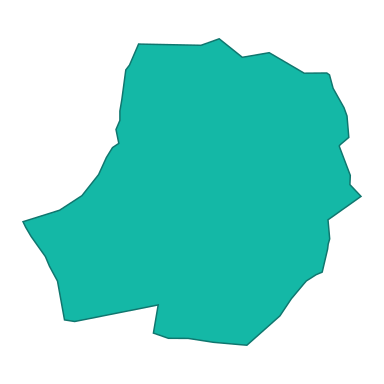 the district of Obi, Benue, Nigeria
{"feature_id": "59680162B75172896497028", "entity_name": "Obi", "entity_type": "district", "adm_level": 2, "iso_a3": "NGA", "parent_name": "Nigeria", "parent_adm1": "Benue", "projection": "albers", "projection_center": [8.31, 7.01], "detail": "fine", "context": "isolated", "style": "filled", "palette": "teal", "viewbox_px": 384, "rotation_deg": 0, "n_neighbors": 0, "source": "geoboundaries", "source_scale": "gbopen_adm2", "svg_char_len": 802}
<svg xmlns="http://www.w3.org/2000/svg" viewBox="0 0 384 384"><path d="M64.5,319.9L74.7,321.5L158.2,304.9L153.4,333.1L168.4,338.3L188.2,338.4L213.4,342.3L240.6,344.7L246.9,345.2L279.9,315.9L291.3,298.8L303.7,284.0L306.4,280.9L316.1,274.7L322.2,272.1L327.6,249.1L328.2,244.1L329.7,238.9L328.0,219.8L361.0,196.4L349.9,184.6L350.3,175.4L339.4,146.7L339.3,145.8L340.2,144.7L348.8,137.4L347.0,116.0L344.0,107.7L333.1,88.3L329.5,74.9L326.8,73.0L304.2,73.2L269.2,52.7L242.3,57.3L219.2,38.8L201.0,45.3L140.3,44.1L138.6,44.0L129.5,65.1L125.8,69.9L121.8,99.8L119.9,111.0L119.9,120.4L116.0,129.5L118.8,143.4L112.5,147.6L106.4,157.5L98.6,174.6L81.9,195.7L79.1,197.5L59.6,210.2L23.0,221.7L25.7,227.3L31.2,236.6L45.4,256.6L49.5,266.3L57.5,281.1L64.5,319.9Z" fill="#14b8a6" stroke="#0f766e" stroke-width="1.5"/></svg>